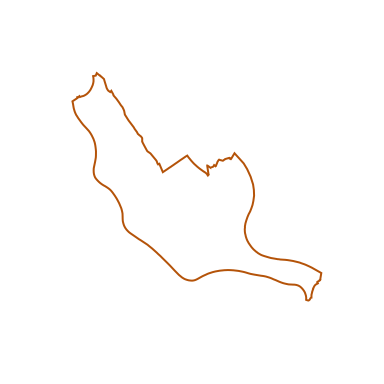 outline of Maasdriel, Gelderland, Netherlands, rotated 64°
{"feature_id": "6326949B49943230563567", "entity_name": "Maasdriel", "entity_type": "district", "adm_level": 2, "iso_a3": "NLD", "parent_name": "Netherlands", "parent_adm1": "Gelderland", "projection": "robinson", "projection_center": [5.28, 51.786], "detail": "fine", "context": "isolated", "style": "outline", "palette": "amber", "viewbox_px": 384, "rotation_deg": 64, "n_neighbors": 0, "source": "geoboundaries", "source_scale": "gbopen_adm2", "svg_char_len": 5811}
<svg xmlns="http://www.w3.org/2000/svg" viewBox="0 0 384 384"><g transform="rotate(64 192 192)"><path d="M83.6,260.4L85.0,260.0L88.6,258.9L92.1,257.9L93.9,257.6L95.7,257.4L97.4,257.3L99.2,257.3L101.0,257.3L102.8,257.5L104.5,257.7L106.3,258.1L108.1,258.6L109.9,259.2L111.6,259.8L113.4,260.5L115.2,261.4L117.0,262.3L118.8,263.3L120.5,264.5L122.3,265.8L125.9,268.6L127.6,269.9L129.4,270.9L131.2,271.7L133.0,272.3L134.8,272.6L136.5,272.7L138.3,272.4L140.1,271.9L141.9,271.3L143.6,270.6L145.4,269.7L147.2,268.6L148.9,267.4L150.7,266.3L152.5,265.3L154.3,264.5L156.0,264.0L157.8,263.6L159.6,263.3L161.4,263.0L164.9,262.6L166.7,262.5L170.2,262.4L172.0,262.5L173.8,262.6L175.6,262.7L177.3,263.0L179.1,263.4L180.9,263.9L182.7,264.7L186.2,266.3L188.0,267.0L189.8,267.4L191.6,267.7L193.3,267.8L195.1,267.7L196.9,267.4L198.7,266.9L200.4,266.3L202.2,265.4L207.5,262.4L211.1,260.4L212.8,259.3L218.2,256.1L219.9,255.1L221.7,254.3L225.3,252.6L231.2,250.2L232.4,249.8L235.9,248.4L237.7,247.8L244.8,245.3L248.3,244.1L255.4,241.9L259.0,240.7L260.8,240.1L262.5,239.3L264.3,238.5L266.1,237.4L267.4,236.4L268.8,235.0L270.0,233.6L270.9,232.2L271.7,230.8L272.2,229.4L272.5,228.0L272.6,226.6L272.6,225.2L272.3,219.7L272.3,218.3L272.4,215.5L272.4,214.1L272.5,212.7L272.7,211.3L273.1,208.5L273.4,207.1L273.7,205.7L274.1,204.3L274.5,202.9L274.9,201.5L275.9,198.8L276.4,197.4L277.0,196.0L277.6,194.6L278.3,193.2L279.0,191.8L280.6,189.0L282.4,186.2L283.3,184.8L285.4,182.0L286.5,180.6L287.7,179.2L290.2,176.5L291.4,175.1L293.5,172.3L294.5,170.9L295.5,169.5L296.5,168.1L297.5,166.7L298.4,165.3L299.4,163.9L300.5,162.5L301.8,161.1L303.1,159.7L304.6,158.3L306.2,157.0L307.8,155.5L311.0,152.8L312.5,151.4L313.9,150.0L315.1,148.6L316.2,147.2L317.3,145.8L318.1,144.4L320.4,140.2L321.4,138.8L322.9,137.3L324.6,136.2L326.4,135.5L328.2,135.0L330.0,134.7L331.7,134.6L333.5,134.8L335.3,135.1L337.1,135.7L338.8,136.6L339.0,136.7L340.0,135.7L340.6,134.9L340.6,134.6L340.5,133.8L340.4,133.6L340.2,133.2L340.0,132.9L339.6,132.4L339.5,132.2L339.2,131.7L339.1,131.1L339.2,130.9L336.8,129.7L336.7,129.6L334.3,127.6L334.2,127.6L332.3,125.6L332.1,125.7L331.9,125.5L331.2,124.6L330.3,123.4L330.0,122.9L329.8,122.5L329.7,122.1L329.5,121.7L329.4,121.3L329.4,121.1L329.4,120.7L329.3,118.9L329.0,118.9L328.3,118.9L328.3,119.0L327.9,119.0L327.7,118.7L327.6,116.8L327.6,116.4L327.5,116.2L327.1,115.9L327.1,115.7L327.3,115.4L326.9,114.9L326.4,114.8L321.5,111.3L312.8,117.3L312.2,117.7L312.0,117.9L310.2,119.3L307.3,121.7L306.0,122.9L305.2,123.7L303.5,125.4L302.8,126.0L301.6,127.4L298.3,131.4L296.1,134.5L295.4,135.5L294.8,136.4L293.8,138.0L291.4,142.2L290.6,143.3L289.9,144.5L289.3,145.3L287.5,147.8L286.0,149.9L284.5,151.6L281.3,155.1L279.7,156.7L278.9,157.4L278.1,158.0L276.9,158.8L275.8,159.5L274.9,159.9L273.6,160.6L273.1,160.8L271.2,161.6L270.4,161.9L268.3,162.5L267.5,162.7L266.3,162.9L264.5,163.2L262.3,163.5L261.1,163.5L260.0,163.6L258.8,163.5L258.1,163.5L256.8,163.3L256.7,163.3L255.4,163.1L254.3,162.8L252.9,162.5L252.4,162.4L250.9,161.9L250.0,161.5L249.3,161.2L248.8,161.0L248.1,160.6L247.2,160.0L246.1,159.5L243.6,157.7L241.2,155.5L238.9,153.2L236.8,150.8L235.0,148.3L232.7,145.8L232.0,145.1L230.2,143.3L227.0,140.8L222.5,137.8L217.3,135.5L212.0,133.8L203.9,132.6L195.6,132.4L189.0,133.0L183.0,134.7L178.6,136.0L175.8,136.8L179.3,142.2L179.5,142.7L178.5,143.5L177.9,143.2L177.7,143.4L177.4,145.0L177.2,146.2L177.1,146.9L176.9,147.7L177.0,147.9L177.1,148.1L177.2,149.4L177.4,150.0L177.4,150.4L177.4,150.5L177.2,150.9L176.5,151.6L175.8,152.5L175.4,152.9L175.0,153.2L174.8,153.5L175.0,154.1L175.3,154.6L176.1,155.9L176.4,156.2L177.5,157.3L177.8,157.8L178.1,158.1L178.3,158.4L178.7,158.7L178.9,158.8L179.1,159.1L179.2,159.6L177.7,160.2L177.5,160.3L177.7,160.6L178.5,161.8L178.5,162.2L178.4,163.4L178.3,164.4L178.3,164.6L178.2,164.7L178.2,164.8L177.1,165.4L176.4,165.7L176.5,165.7L175.4,166.3L175.2,166.4L174.9,166.7L175.0,166.8L176.9,167.4L181.4,168.8L183.0,169.3L183.7,169.4L184.1,170.4L183.8,170.4L183.5,170.6L183.1,170.7L182.7,170.6L181.8,170.9L180.8,171.3L179.1,172.2L179.0,172.4L176.2,173.9L174.7,174.7L173.7,175.2L171.5,176.2L169.2,177.1L168.0,177.6L165.9,178.3L165.1,178.5L163.4,179.0L161.6,179.4L159.2,180.0L157.8,180.2L157.2,180.3L157.3,181.8L158.1,187.1L158.1,187.4L159.0,193.0L159.3,195.1L159.4,195.7L159.7,197.6L159.9,199.1L160.0,199.5L160.2,201.1L160.3,202.1L160.6,203.8L160.9,206.0L161.4,209.5L152.3,209.0L152.3,210.3L152.1,210.3L151.7,210.5L151.1,210.5L148.8,210.2L147.7,210.4L147.4,210.4L147.1,210.5L139.2,212.4L138.8,212.6L136.1,214.1L135.9,214.2L135.5,214.3L134.0,214.4L129.5,214.6L129.4,214.6L126.1,214.7L125.6,214.7L125.4,214.6L124.9,214.7L124.6,214.6L124.1,214.3L122.5,213.5L122.0,213.3L121.8,213.2L121.5,213.2L121.2,213.2L119.7,213.5L119.3,213.7L118.3,214.2L117.9,214.4L116.4,215.0L116.0,215.2L115.6,215.2L114.1,215.2L113.5,215.3L110.1,215.9L108.3,216.0L102.1,217.2L100.2,217.6L99.5,217.7L93.0,218.4L89.3,217.4L87.7,217.3L85.2,217.3L84.9,217.4L82.7,217.9L79.5,218.3L78.3,218.5L75.5,219.0L74.9,219.1L70.9,220.2L70.6,220.2L70.3,220.1L70.1,220.0L69.3,220.0L65.7,220.2L65.8,220.2L65.7,220.2L66.3,221.7L64.7,222.6L64.3,222.8L63.4,223.0L62.4,223.1L61.8,223.1L60.8,223.1L59.9,222.9L59.3,222.8L54.1,222.0L51.9,221.6L47.5,223.4L47.6,223.5L43.4,225.5L45.2,227.5L44.5,230.1L45.7,230.4L46.5,230.7L47.3,231.0L48.1,231.4L49.2,231.9L50.2,232.6L50.8,233.0L51.8,233.9L52.3,234.3L54.0,236.3L55.2,237.9L55.6,238.4L55.9,239.0L56.7,240.4L57.0,241.2L57.5,242.5L57.9,244.0L58.0,245.0L58.1,246.2L58.1,246.4L58.1,247.2L58.0,247.8L57.9,248.4L57.7,249.2L57.5,251.1L56.5,251.2L56.7,251.9L56.8,252.4L56.7,252.5L56.6,252.8L56.5,253.6L57.3,253.7L58.1,259.7L60.9,260.4L63.9,261.3L65.0,261.6L66.8,261.9L68.5,262.2L69.1,262.2L70.1,262.3L71.0,262.3L72.2,262.3L73.5,262.1L75.6,261.9L79.0,261.3L80.8,261.0L83.6,260.4Z" fill="none" stroke="#b45309" stroke-width="2"/></g></svg>